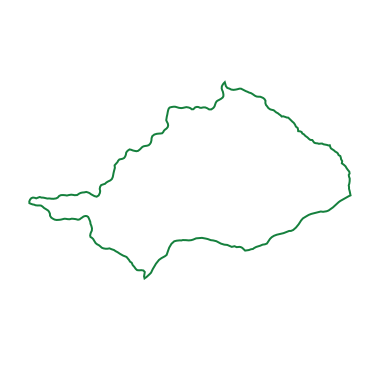 the district of Iturama, Minas Gerais, Brazil, rotated 330°
{"feature_id": "56859067B65690084199243", "entity_name": "Iturama", "entity_type": "district", "adm_level": 2, "iso_a3": "BRA", "parent_name": "Brazil", "parent_adm1": "Minas Gerais", "projection": "mercator", "projection_center": [-50.386, -19.714], "detail": "fine", "context": "isolated", "style": "outline", "palette": "green", "viewbox_px": 384, "rotation_deg": 330, "n_neighbors": 0, "source": "geoboundaries", "source_scale": "gbopen_adm2", "svg_char_len": 4988}
<svg xmlns="http://www.w3.org/2000/svg" viewBox="0 0 384 384"><g transform="rotate(330 192 192)"><path d="M275.3,113.3L273.6,113.8L272.3,114.4L270.7,115.4L269.5,117.1L269.1,118.6L268.9,120.5L268.4,122.1L267.9,123.4L267.1,124.7L265.9,125.5L264.0,125.8L261.8,125.8L260.3,125.7L258.7,125.8L257.2,126.6L255.9,127.7L254.2,129.2L252.5,129.9L250.0,130.1L248.1,129.0L247.1,127.1L245.7,125.3L243.9,124.3L242.2,123.8L241.0,123.0L240.1,121.7L238.9,120.8L237.1,120.3L234.6,121.0L233.1,120.2L232.6,118.7L231.4,117.2L229.6,115.7L227.8,115.1L226.2,114.6L224.7,114.0L222.8,112.6L221.1,110.8L219.9,109.6L218.4,108.8L216.5,108.1L214.9,107.7L213.6,108.1L212.3,109.2L210.9,110.7L209.4,112.5L207.8,114.2L206.6,115.7L205.6,116.9L205.4,118.4L205.3,120.6L204.7,122.3L203.5,123.6L201.7,124.3L199.7,124.5L198.3,124.9L197.1,125.7L195.5,126.2L194.0,125.6L192.6,124.9L190.6,124.0L188.1,123.4L185.5,123.8L183.9,125.2L182.6,127.1L181.1,128.6L179.6,129.4L177.9,129.8L176.1,129.4L174.4,128.7L172.8,128.2L171.3,128.2L169.9,128.6L168.1,129.1L165.9,129.4L164.3,128.9L163.1,127.9L161.6,126.5L160.4,125.0L159.2,123.9L156.8,124.1L154.8,124.9L153.4,126.6L151.8,127.9L150.2,128.6L148.5,128.5L146.9,128.0L145.4,127.5L143.7,128.0L142.3,128.9L140.4,129.5L138.3,130.2L137.3,132.5L135.8,134.0L134.7,135.1L133.4,136.5L132.3,137.8L130.9,139.4L129.1,140.7L127.2,141.1L125.7,141.0L124.0,140.9L122.3,141.0L120.8,141.4L118.9,141.0L116.8,140.6L115.1,141.5L113.6,143.2L113.0,145.2L111.7,146.8L109.5,148.3L107.1,148.4L105.5,146.8L104.2,144.7L103.3,143.2L102.7,141.7L101.7,140.4L100.5,139.1L98.4,138.4L96.7,137.6L95.0,137.1L93.4,137.0L91.0,137.2L88.8,136.1L87.5,135.0L86.0,133.9L83.9,133.1L81.9,132.5L80.6,131.4L79.0,130.3L77.0,129.2L75.0,129.0L73.0,129.7L71.1,129.6L68.6,128.6L66.7,127.4L65.3,126.3L63.4,125.3L61.8,123.8L60.5,122.6L58.9,121.6L57.6,120.2L55.3,119.8L53.9,119.6L53.0,118.5L51.5,117.3L49.8,117.0L48.0,117.6L46.4,118.8L45.6,120.4L46.6,121.7L47.7,123.0L49.0,124.1L49.9,125.3L51.3,126.3L52.9,127.2L54.4,128.2L55.2,129.7L55.9,131.9L57.2,134.3L58.2,136.3L58.3,138.0L58.1,139.7L57.2,141.6L57.3,143.8L58.2,145.6L59.2,147.2L60.7,148.5L62.1,149.2L63.5,149.9L64.8,150.4L66.5,150.9L68.0,151.3L69.4,152.2L70.7,153.3L72.4,154.4L74.5,155.0L76.1,156.1L77.8,157.4L79.4,159.0L81.0,159.5L82.4,159.3L84.0,159.2L85.8,159.0L87.5,159.4L88.8,160.2L89.6,161.7L89.5,163.2L89.3,164.9L89.0,166.9L88.2,168.8L87.9,171.0L87.2,173.5L85.9,175.4L84.7,176.2L83.4,177.2L82.0,178.8L81.6,180.3L82.4,181.6L82.9,183.3L82.9,185.3L83.0,188.1L83.7,189.9L84.8,191.6L85.5,193.5L86.0,195.1L87.2,196.6L88.9,198.0L90.3,198.8L92.4,199.6L93.6,201.2L95.4,203.2L96.3,205.1L97.5,207.0L98.6,209.3L99.7,211.2L100.6,212.7L101.9,214.3L102.8,215.5L103.1,217.1L103.5,219.5L103.5,221.3L104.4,223.1L104.1,225.7L104.6,228.0L104.8,230.4L105.4,232.2L106.9,233.3L109.1,234.4L110.7,235.7L111.1,237.7L109.6,239.5L108.3,241.1L107.7,243.1L110.0,242.9L114.5,241.9L116.2,241.4L119.4,239.2L122.8,237.3L124.9,236.1L129.5,234.3L132.5,234.0L136.5,234.1L138.6,233.8L141.8,231.0L143.0,230.0L144.4,228.8L148.3,226.6L152.0,225.8L154.4,226.5L157.1,227.7L158.5,228.6L159.9,229.0L162.3,230.4L165.0,232.3L167.2,233.3L169.2,233.8L172.4,234.2L177.7,236.7L180.6,239.2L182.1,240.6L184.2,243.1L186.1,244.5L188.5,246.8L191.2,251.1L193.6,253.7L196.1,255.5L199.0,259.4L201.7,260.2L203.1,262.1L205.6,263.2L206.7,264.1L207.6,265.5L208.7,269.3L212.2,270.7L214.5,271.1L216.3,271.8L217.9,271.6L220.2,271.7L224.2,272.6L226.8,272.9L229.1,273.8L231.1,274.1L236.1,271.6L238.4,271.0L241.1,270.9L244.1,271.4L250.7,273.4L256.6,274.3L258.3,275.2L260.6,275.5L264.2,274.8L268.2,273.3L272.3,271.2L274.9,270.3L278.9,270.2L281.6,270.2L284.3,270.6L293.8,273.3L295.6,274.7L299.0,276.0L301.0,276.3L306.4,275.8L310.0,275.0L314.0,274.1L315.9,273.9L325.7,274.0L327.6,274.2L329.0,270.0L329.6,267.7L330.5,266.2L331.0,264.7L332.4,263.4L333.9,261.5L335.3,259.2L335.7,257.1L336.3,255.6L337.7,254.8L338.4,253.0L338.0,250.8L337.8,248.6L337.8,246.5L337.1,244.3L336.1,242.1L337.5,240.4L337.5,238.2L338.1,236.5L338.4,235.0L337.4,233.3L337.6,231.4L337.1,230.0L336.2,228.5L335.7,226.8L334.8,225.1L334.1,223.6L334.3,222.0L334.7,220.4L333.4,219.9L332.4,218.7L331.1,217.6L329.7,216.4L328.9,215.1L327.6,214.4L326.0,213.7L325.0,212.6L323.8,211.8L322.6,210.6L322.3,209.0L322.2,207.2L320.5,206.0L319.8,204.4L319.3,202.5L318.2,200.1L317.7,197.9L316.8,196.5L316.9,194.8L316.0,193.6L314.4,192.4L315.1,190.8L315.5,189.4L314.7,187.3L314.9,185.0L314.7,182.9L314.1,181.3L313.7,179.8L313.1,177.7L312.5,175.7L311.3,174.9L310.1,173.4L308.8,172.0L307.4,171.5L307.1,169.9L306.4,168.5L305.7,166.6L304.8,165.3L304.2,163.7L303.6,162.0L302.4,160.9L301.1,159.6L300.1,157.5L299.9,155.3L299.6,153.6L300.0,151.7L301.3,149.6L301.2,147.6L300.6,146.1L299.6,144.7L298.7,143.6L297.2,142.7L295.9,141.8L294.9,140.6L294.2,139.2L293.4,137.4L292.4,135.7L291.2,134.5L290.2,133.0L289.0,131.5L287.6,129.3L286.1,127.0L284.7,126.2L282.7,125.7L280.9,125.1L279.0,124.3L277.2,122.9L276.2,121.3L274.6,119.5L274.3,117.2L274.7,115.7L275.3,113.3Z" fill="none" stroke="#15803d" stroke-width="2"/></g></svg>